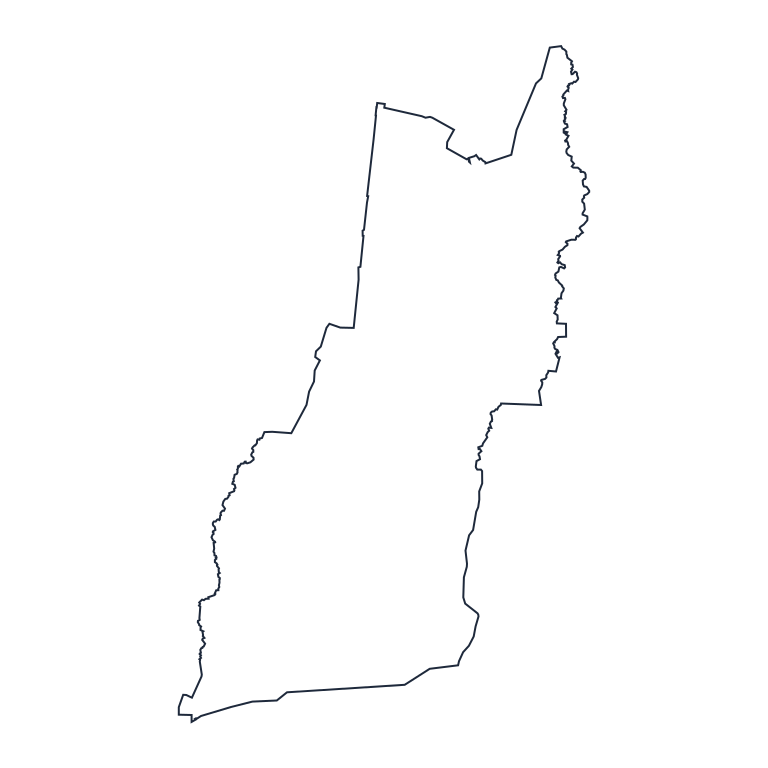 Elejas pag., Jelgava, Latvia (Albers equal-area conic projection)
{"feature_id": "27541924B1906845824135", "entity_name": "Elejas pag.", "entity_type": "district", "adm_level": 2, "iso_a3": "LVA", "parent_name": "Latvia", "parent_adm1": "Jelgava", "projection": "albers", "projection_center": [23.711, 56.427], "detail": "fine", "context": "isolated", "style": "outline", "palette": "slate", "viewbox_px": 768, "rotation_deg": 0, "n_neighbors": 0, "source": "geoboundaries", "source_scale": "gbopen_adm2", "svg_char_len": 6082}
<svg xmlns="http://www.w3.org/2000/svg" viewBox="0 0 768 768"><path d="M191.6,721.9L195.5,719.7L194.9,718.9L196.0,718.3L196.5,718.9L201.0,716.0L231.0,707.0L252.4,701.6L276.8,700.5L287.0,692.3L404.7,684.8L429.7,668.8L458.1,665.3L459.0,661.2L463.1,652.2L468.9,645.8L473.7,636.5L475.6,626.4L478.5,616.5L478.3,614.8L477.6,613.4L465.2,603.6L463.3,597.4L463.9,577.3L466.8,566.8L467.0,563.7L465.5,550.6L469.1,535.3L473.1,530.0L476.2,511.8L478.2,507.2L479.3,499.6L479.2,491.4L482.2,483.4L482.1,471.1L480.9,469.6L477.3,469.6L476.0,467.7L475.8,466.5L476.5,461.1L480.0,459.2L479.5,456.3L478.6,454.9L478.6,453.7L481.4,451.2L479.9,449.0L478.6,449.1L478.3,447.3L482.3,445.8L483.0,443.4L487.3,437.3L486.2,435.1L487.7,432.1L489.2,430.7L488.3,428.7L488.9,427.6L491.3,427.9L489.8,423.8L490.8,421.8L492.0,421.1L491.8,420.3L492.2,419.8L491.6,415.5L490.5,414.0L490.8,412.6L492.1,411.5L494.1,411.3L495.9,409.3L497.2,409.6L498.5,406.8L500.8,405.0L501.1,403.5L541.1,405.0L539.0,390.9L541.3,387.1L542.2,384.3L542.3,382.4L541.1,380.7L541.4,379.9L545.1,378.9L546.4,377.5L546.3,375.2L548.1,372.5L548.4,370.8L556.0,371.5L559.6,357.3L558.0,357.8L555.5,353.8L556.4,352.0L557.5,353.2L558.5,352.1L557.4,349.9L555.2,349.0L554.4,347.7L554.5,346.1L553.2,343.4L553.9,342.2L554.8,342.3L554.8,341.3L557.1,339.1L558.1,337.0L566.1,336.7L566.0,323.8L556.9,323.4L556.7,321.6L557.7,319.5L557.5,315.3L554.2,313.1L556.7,308.4L555.4,307.0L557.9,302.6L557.4,302.1L556.1,303.3L555.4,302.4L556.7,301.6L556.9,300.3L557.4,300.3L558.2,298.6L561.2,298.5L560.9,297.9L561.5,293.3L563.4,290.6L563.8,288.4L562.1,286.3L562.2,285.6L558.9,282.5L557.8,280.4L556.3,279.9L555.3,277.5L555.6,275.7L555.0,275.0L555.6,273.5L558.4,271.6L559.3,267.4L560.9,266.9L564.1,268.4L565.1,267.4L564.7,265.1L561.7,264.2L560.0,262.3L558.3,263.2L557.4,262.5L558.5,260.7L558.2,259.1L560.1,256.4L560.0,255.8L557.8,255.0L558.8,253.8L559.1,252.7L558.7,251.9L559.2,251.2L562.5,249.6L564.9,246.8L567.4,245.2L567.5,243.8L565.8,242.1L566.2,241.4L571.4,239.7L575.4,239.8L575.9,239.3L576.0,237.5L577.0,236.0L578.5,236.5L581.1,233.6L582.9,232.6L579.6,228.2L580.4,226.9L583.8,224.5L587.3,220.3L587.4,217.9L587.3,216.4L582.6,214.6L582.6,213.3L584.8,209.6L584.1,203.6L582.3,201.7L582.3,199.5L584.2,197.7L583.9,196.1L584.3,195.4L587.3,194.1L589.2,192.0L589.2,190.7L586.6,186.9L583.9,186.4L583.0,184.4L582.7,180.6L584.1,179.0L585.1,179.0L585.7,177.8L585.6,174.5L584.8,172.7L582.9,171.8L580.8,172.0L580.4,171.5L580.8,170.2L577.8,167.7L573.3,167.6L571.8,166.4L574.0,163.6L571.3,160.6L571.7,156.6L568.2,155.0L566.6,153.0L566.3,151.6L566.7,149.4L569.2,146.8L568.1,144.8L568.0,143.2L567.1,141.3L565.4,141.5L565.1,140.6L566.3,139.7L568.5,135.8L566.0,134.6L567.4,132.2L565.2,131.7L565.0,133.4L563.7,132.6L563.7,129.2L567.6,127.0L567.1,124.3L564.9,123.6L564.1,121.8L564.8,121.2L564.0,120.7L565.4,118.7L564.9,118.1L565.4,117.5L564.8,116.9L565.0,116.0L564.4,114.8L565.9,113.9L566.1,111.9L565.2,111.3L566.5,109.8L563.8,105.3L563.8,103.5L565.4,99.2L564.9,97.9L563.0,98.1L562.4,96.6L563.4,95.4L563.3,94.5L566.9,90.5L568.2,91.0L568.0,89.9L568.7,87.9L567.5,86.6L568.0,85.6L568.9,85.6L569.4,84.8L569.1,84.0L571.4,83.2L572.2,83.6L574.0,81.7L575.5,82.0L577.9,79.4L578.2,78.2L576.9,74.8L577.1,73.5L576.4,72.2L575.0,71.7L572.6,74.1L571.6,74.2L571.0,71.7L572.4,69.6L571.3,68.7L572.9,67.0L572.5,64.7L571.2,64.4L571.2,62.7L572.0,61.3L567.4,57.7L566.9,54.9L566.4,54.3L566.3,51.5L564.5,49.6L562.4,48.6L561.1,46.1L549.8,47.6L541.3,78.4L536.0,83.4L516.6,129.9L511.3,154.8L485.5,163.4L485.3,162.1L482.8,160.6L481.2,158.7L480.1,158.5L479.3,159.4L476.1,155.0L474.4,156.2L468.9,157.9L469.9,162.5L469.0,161.7L468.3,158.4L466.6,159.3L446.9,148.2L447.2,142.1L454.0,129.8L432.3,117.7L430.0,116.9L425.5,117.7L421.8,116.2L384.3,107.7L384.8,104.0L377.2,103.0L376.7,107.4L376.4,107.3L375.6,115.4L376.0,115.5L373.6,139.3L367.1,196.0L368.2,196.2L367.0,202.5L364.0,229.8L362.6,230.7L362.7,235.8L363.5,235.9L360.4,266.8L358.4,267.4L358.6,279.7L353.7,327.9L340.3,327.6L329.4,323.8L326.5,327.8L320.8,346.6L316.0,351.3L315.2,357.0L319.9,360.4L314.7,370.5L314.0,381.5L309.1,391.6L306.5,404.9L291.3,433.2L272.3,431.8L264.4,432.1L262.0,438.0L259.7,438.5L259.4,439.7L257.6,439.4L257.1,440.4L256.9,443.2L255.3,445.4L254.7,445.3L252.5,447.5L252.0,448.6L253.3,450.1L253.3,451.9L252.4,452.3L251.2,454.6L251.5,455.9L253.5,457.7L253.6,459.6L250.4,462.3L247.3,463.3L246.1,463.1L245.7,461.6L244.7,461.7L243.7,463.5L241.0,463.7L239.3,466.5L238.3,465.9L237.9,466.4L237.9,468.8L237.2,469.5L237.6,470.8L237.3,472.1L237.5,472.5L236.8,473.9L234.6,474.8L234.1,477.8L233.4,478.9L233.8,481.3L232.9,481.7L232.3,483.8L234.7,484.8L235.5,487.8L234.0,489.0L234.4,490.3L234.1,491.2L229.2,493.2L229.6,495.3L228.5,495.8L228.4,496.9L227.0,498.7L225.3,498.9L223.4,501.5L222.5,505.1L225.0,508.6L224.0,510.8L222.5,510.7L220.8,512.5L220.5,513.3L221.0,515.1L220.2,515.5L219.8,519.5L219.3,520.1L218.1,519.3L217.0,519.8L215.7,521.5L213.8,521.5L212.9,523.0L212.8,524.1L213.2,525.5L214.7,526.8L215.4,529.9L212.9,531.4L212.8,532.2L213.5,532.8L213.6,534.0L212.7,534.6L211.5,537.2L212.9,540.2L215.1,541.8L215.2,542.3L213.6,542.9L214.2,548.6L213.5,551.7L214.4,552.9L214.5,555.4L216.0,555.9L216.5,557.3L215.7,557.9L216.3,558.8L214.9,560.0L214.9,562.1L216.7,563.4L217.4,564.7L216.9,565.1L217.0,566.0L219.0,568.4L218.6,569.4L218.8,572.1L219.7,573.0L217.9,574.2L218.4,576.9L219.8,578.0L219.8,579.1L219.4,579.5L219.5,582.8L218.9,585.2L219.3,587.0L218.3,588.6L218.4,590.2L216.2,590.3L214.7,593.7L215.3,594.1L214.6,595.1L208.3,597.2L208.6,598.7L205.6,598.8L203.9,600.2L202.1,599.6L199.2,602.5L200.1,603.9L199.0,605.6L200.3,606.5L199.4,618.3L199.7,619.3L199.6,620.1L198.0,620.8L197.8,622.1L199.2,624.4L199.2,625.2L201.1,626.5L200.6,627.4L200.5,630.0L203.3,631.3L202.5,632.0L203.1,635.1L202.8,636.0L204.4,637.9L202.7,638.7L202.2,639.9L205.1,643.7L203.7,646.5L202.6,647.0L202.4,647.9L201.3,648.2L200.3,649.9L200.9,652.8L199.7,653.6L199.7,654.3L201.0,655.3L200.2,656.6L201.0,657.9L199.4,659.2L200.1,659.9L199.8,661.6L201.8,674.6L201.5,676.5L191.9,697.7L186.3,695.0L183.2,694.8L178.8,707.2L178.8,714.7L191.6,715.0L191.6,721.9Z" fill="none" stroke="#1e293b" stroke-width="2"/></svg>